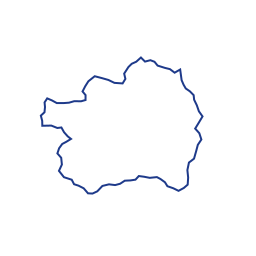 outline of Itapevi, São Paulo, Brazil, rotated 38°
{"feature_id": "56859067B43997995571258", "entity_name": "Itapevi", "entity_type": "district", "adm_level": 2, "iso_a3": "BRA", "parent_name": "Brazil", "parent_adm1": "São Paulo", "projection": "albers", "projection_center": [-46.972, -23.55], "detail": "fine", "context": "isolated", "style": "outline", "palette": "blue", "viewbox_px": 256, "rotation_deg": 38, "n_neighbors": 0, "source": "geoboundaries", "source_scale": "gbopen_adm2", "svg_char_len": 1257}
<svg xmlns="http://www.w3.org/2000/svg" viewBox="0 0 256 256"><g transform="rotate(38 128 128)"><path d="M133.1,49.8L130.7,55.7L124.8,55.8L120.1,57.9L112.9,60.6L108.1,59.5L103.9,60.8L100.5,65.2L94.8,64.5L93.7,70.7L91.4,75.1L90.8,79.7L91.5,87.5L95.7,90.9L96.3,96.2L89.5,100.8L83.0,102.2L76.6,104.8L69.9,107.7L68.0,115.6L68.6,121.5L69.7,127.2L74.3,128.2L77.3,132.1L74.6,135.8L69.1,140.0L65.9,144.4L61.7,148.2L56.5,152.2L51.0,153.1L46.1,154.4L46.5,159.2L49.7,162.6L52.5,167.0L51.7,171.9L56.0,175.2L59.1,179.0L66.1,173.3L72.3,171.5L75.2,168.6L80.2,170.7L85.6,171.7L89.8,171.7L87.9,176.8L86.0,181.1L86.2,186.4L88.0,191.5L93.7,192.6L98.4,197.5L100.0,204.3L107.8,206.2L115.5,203.4L120.1,205.5L124.5,203.9L130.2,202.8L136.7,204.1L140.4,201.5L142.8,196.8L143.5,189.4L147.7,184.1L153.0,180.9L156.1,176.8L157.9,171.5L162.2,167.8L165.7,164.1L166.1,159.2L170.7,156.5L175.8,153.9L181.0,148.9L185.0,148.2L190.5,148.0L194.9,149.6L200.8,147.6L206.5,146.4L208.9,140.9L209.9,135.9L205.9,130.0L200.7,124.6L197.3,117.7L198.9,111.5L195.8,103.9L193.4,98.3L192.9,91.9L187.4,88.2L181.3,87.1L180.5,80.1L179.6,73.0L173.6,71.2L168.2,67.7L162.7,65.0L159.5,61.7L154.1,61.0L149.2,61.3L145.2,59.7L140.8,57.3L136.6,53.2L133.1,49.8Z" fill="none" stroke="#1e3a8a" stroke-width="2"/></g></svg>